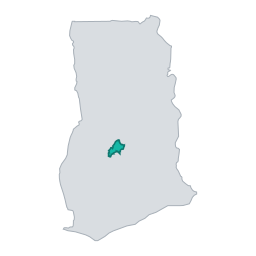 location of Ejura-sekyedumase, Ashanti, Ghana
{"feature_id": "2480657B28564915274944", "entity_name": "Ejura-sekyedumase", "entity_type": "district", "adm_level": 2, "iso_a3": "GHA", "parent_name": "Ghana", "parent_adm1": "Ashanti", "projection": "robinson", "projection_center": [-1.397, 7.385], "detail": "fine", "context": "in_parent", "style": "filled", "palette": "teal", "viewbox_px": 256, "rotation_deg": 0, "n_neighbors": 0, "source": "geoboundaries", "source_scale": "gbopen_adm2", "svg_char_len": 5474}
<svg xmlns="http://www.w3.org/2000/svg" viewBox="0 0 256 256"><path d="M157.6,17.2L159.6,19.3L160.0,20.5L159.3,25.1L157.9,28.2L156.9,31.2L157.1,32.7L158.0,34.2L161.0,36.6L162.5,38.1L164.3,40.4L166.4,42.7L170.0,45.6L171.5,46.1L171.5,47.0L171.0,48.1L170.7,59.0L170.4,61.9L170.1,63.3L169.8,67.4L169.4,68.0L168.7,67.9L168.1,68.1L168.0,68.9L168.2,69.7L170.4,70.3L169.9,70.9L168.3,71.5L167.6,72.7L167.9,74.1L167.0,75.3L167.3,76.0L167.8,76.6L168.7,76.4L171.3,74.5L172.3,74.3L173.6,74.7L176.0,77.6L176.2,79.0L175.2,83.8L174.2,87.5L174.0,92.5L175.1,95.3L174.9,96.8L173.8,98.1L171.3,100.0L171.5,101.4L172.7,103.8L174.8,106.5L178.9,109.9L181.1,114.3L181.1,116.1L179.9,117.8L178.4,119.4L177.9,121.6L178.6,136.3L175.3,142.7L175.3,144.5L175.6,146.6L176.5,147.9L178.2,148.3L179.5,149.5L179.0,154.0L178.3,158.5L178.2,160.7L177.8,161.8L176.5,162.6L176.1,164.1L176.4,165.9L176.1,167.2L176.8,168.9L178.3,171.0L180.7,176.3L181.6,176.7L182.0,177.8L181.8,178.9L182.7,181.2L185.4,183.5L188.2,185.6L190.4,185.8L190.9,187.7L192.4,190.0L193.5,191.0L195.2,191.7L196.6,192.0L196.7,194.0L194.2,195.3L192.4,197.3L191.1,200.4L189.3,203.8L183.1,205.5L180.7,205.6L167.9,205.6L156.0,212.3L149.1,214.7L144.8,218.4L139.1,221.1L135.2,224.3L126.9,225.9L113.3,230.9L109.1,233.0L104.8,236.5L97.8,240.6L95.0,240.6L89.6,236.7L85.5,234.8L75.4,231.8L67.9,230.7L64.3,229.4L63.3,229.2L64.1,227.8L66.2,227.7L68.4,228.1L70.1,227.0L72.5,226.9L73.2,225.8L73.4,223.0L73.4,220.7L74.2,219.7L74.4,217.1L73.2,211.2L72.4,210.5L68.0,209.7L67.7,208.5L66.9,207.3L66.1,204.2L65.1,199.7L63.6,194.1L60.6,184.9L59.9,181.6L59.4,178.3L59.3,174.3L59.9,172.8L59.8,170.8L59.6,168.7L61.6,164.0L65.7,158.3L66.6,156.2L67.3,154.7L67.4,152.7L68.2,145.9L70.1,137.8L71.3,134.8L72.2,133.1L73.2,130.4L73.4,129.2L77.2,126.0L78.9,125.1L79.3,123.9L78.7,122.5L78.9,121.6L79.8,121.1L81.2,120.7L82.2,119.4L80.6,109.4L79.4,99.4L79.3,98.6L78.6,97.2L77.8,93.1L76.5,90.7L74.8,90.0L74.8,87.7L76.6,83.9L77.0,81.6L76.2,81.0L76.1,79.2L76.7,76.4L76.4,74.7L76.1,72.8L74.2,68.4L73.8,65.3L74.7,63.5L74.7,59.6L73.7,53.5L73.5,49.6L74.2,48.0L73.9,46.5L72.6,45.0L72.5,43.6L73.6,42.3L73.5,41.2L72.0,40.4L70.8,38.5L69.6,35.6L69.9,30.8L72.0,22.0L72.3,21.3L74.7,21.3L74.7,21.7L82.2,21.6L90.8,21.5L101.0,21.4L110.3,21.3L110.7,20.9L112.2,20.4L121.6,21.3L127.5,20.9L130.0,21.2L131.8,21.8L135.9,21.4L138.0,21.6L139.7,23.8L140.3,23.8L141.3,22.9L142.9,21.8L144.5,21.0L145.7,19.3L146.4,18.0L147.5,18.2L149.0,18.1L150.1,17.0L150.5,15.4L157.6,17.2Z" fill="#d9dde1" stroke="#a8b0b8" stroke-width="1"/><path d="M115.7,141.5L115.4,141.8L115.4,142.1L115.4,142.3L115.0,142.8L114.9,142.9L114.7,143.3L114.5,143.5L114.4,144.1L114.2,144.5L113.9,144.7L113.8,144.8L113.6,144.9L113.1,145.6L113.0,145.9L112.9,145.9L112.7,146.1L113.0,146.4L113.0,146.5L113.1,146.8L113.0,147.0L113.0,147.3L112.9,147.4L112.9,147.5L112.9,147.8L112.8,148.0L112.7,148.2L112.6,147.9L112.4,147.9L112.2,148.0L111.9,147.9L111.7,147.8L111.5,147.7L111.4,147.7L111.1,147.7L111.1,147.8L110.9,147.9L110.9,148.0L110.7,148.0L110.5,148.4L110.5,148.5L110.3,148.9L110.2,149.0L110.1,149.3L109.9,149.4L109.8,149.5L109.7,149.6L109.6,149.8L109.5,150.0L109.2,150.0L108.9,150.4L109.0,150.4L109.0,150.5L109.1,150.8L109.0,151.1L109.1,151.3L109.1,151.6L109.1,151.8L109.1,152.0L108.9,152.3L109.0,152.3L108.9,152.6L109.0,152.7L108.9,152.7L108.7,152.8L108.5,153.0L108.6,153.3L108.4,153.8L108.6,154.0L108.6,154.4L108.5,154.7L108.5,154.9L108.6,155.1L108.5,155.3L108.5,156.2L109.3,156.3L109.3,156.1L110.0,156.1L110.0,156.5L109.9,156.7L110.0,156.7L110.3,156.6L110.6,156.8L110.7,156.7L110.7,156.3L110.8,156.1L110.9,155.9L111.0,155.7L111.1,155.3L111.2,155.2L111.3,155.0L111.3,154.9L111.4,154.6L111.5,154.6L111.6,154.3L112.0,154.2L112.3,154.0L112.3,153.9L112.5,153.7L112.9,153.5L113.0,153.7L113.1,153.9L113.4,153.7L113.5,153.7L113.4,153.6L113.4,153.4L113.3,153.1L113.5,152.9L113.9,152.8L116.2,151.7L116.3,151.7L116.3,151.3L116.5,151.5L116.6,151.4L116.7,151.5L116.9,151.2L117.0,151.1L117.3,151.2L117.4,151.3L117.5,151.3L117.5,151.5L117.7,151.8L117.8,151.8L118.0,151.9L118.1,152.0L118.2,152.3L118.3,152.4L118.5,152.4L118.6,152.5L118.8,152.5L119.0,152.7L119.0,152.8L119.3,152.9L119.3,153.0L119.4,153.3L119.5,153.4L119.6,153.6L119.8,153.7L119.9,153.8L119.9,153.7L119.8,153.3L119.8,153.2L119.7,152.8L119.7,152.7L119.7,152.1L119.6,151.8L119.8,151.8L120.0,151.8L120.3,151.7L120.2,151.5L120.1,151.4L120.2,151.2L120.2,150.7L120.4,150.3L120.4,150.2L120.6,150.0L121.0,149.7L121.4,149.4L121.5,149.2L122.1,149.1L122.4,149.2L122.5,149.2L122.9,149.1L123.0,149.2L123.3,149.0L123.4,148.7L123.5,148.3L123.5,148.2L123.5,147.8L123.6,147.7L123.7,147.4L123.7,147.2L123.7,146.9L123.8,146.9L123.8,146.7L124.0,146.5L124.1,146.4L124.3,146.2L124.4,145.9L124.4,145.7L124.4,145.4L124.3,145.5L124.3,145.4L124.0,145.4L124.0,145.2L123.9,145.0L123.7,145.0L123.4,145.0L123.2,145.0L123.2,144.9L122.9,144.8L122.9,144.7L122.7,144.6L122.3,144.5L122.2,144.6L121.9,144.5L121.7,144.6L121.4,144.7L121.1,144.5L121.1,144.4L120.9,144.1L120.7,143.9L120.6,143.6L120.3,143.5L120.3,143.4L120.2,143.3L120.1,143.2L119.9,143.1L119.8,142.9L119.7,142.7L119.8,142.5L119.7,142.4L119.8,142.2L119.7,142.1L119.6,141.8L119.4,141.7L119.4,141.8L119.2,141.7L119.2,141.2L119.2,140.9L119.2,140.7L119.1,140.4L119.3,140.2L119.1,140.0L118.8,140.0L118.7,140.0L118.3,140.2L118.2,140.1L118.1,140.3L117.9,140.4L117.9,140.5L117.7,140.6L117.4,140.7L117.0,140.6L116.9,140.6L116.8,140.8L116.8,140.7L116.6,140.8L116.4,141.0L116.2,141.3L115.9,141.4L115.8,141.5L115.7,141.5Z" fill="#14b8a6" stroke="#0f766e" stroke-width="1.5"/></svg>